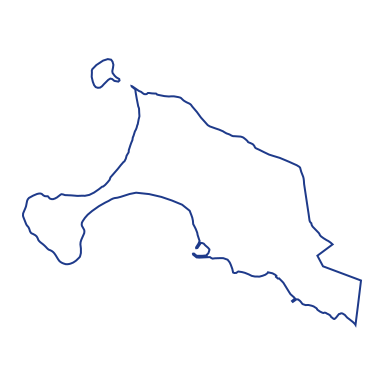 Seltjarnarnesbær, Reykjavík, Iceland
{"feature_id": "244011B41148599816454", "entity_name": "Seltjarnarnesbær", "entity_type": "district", "adm_level": 2, "iso_a3": "ISL", "parent_name": "Iceland", "parent_adm1": "Reykjavík", "projection": "mercator", "projection_center": [-22.008, 64.155], "detail": "fine", "context": "isolated", "style": "outline", "palette": "blue", "viewbox_px": 384, "rotation_deg": 0, "n_neighbors": 0, "source": "geoboundaries", "source_scale": "gbopen_adm2", "svg_char_len": 5263}
<svg xmlns="http://www.w3.org/2000/svg" viewBox="0 0 384 384"><path d="M332.6,244.4L330.7,242.7L328.3,241.0L326.7,240.2L323.5,238.2L320.9,236.3L319.8,234.9L319.4,233.9L318.8,233.0L312.6,226.6L311.7,225.0L311.3,223.2L310.4,222.3L309.9,221.6L309.5,220.3L308.6,213.9L307.3,205.3L304.1,184.0L303.9,180.8L303.6,178.5L303.2,176.8L301.2,171.7L300.1,167.7L299.3,166.8L296.7,165.2L293.3,163.7L289.1,161.8L285.3,160.2L279.8,157.9L273.2,155.9L269.1,154.6L263.9,152.1L259.3,149.8L256.2,148.4L255.4,147.9L254.7,146.9L254.4,146.1L253.3,144.7L252.6,144.1L250.5,143.1L248.7,142.4L248.1,142.1L247.4,141.0L245.7,139.4L243.4,137.6L242.3,137.1L240.7,136.6L234.6,136.2L234.0,136.2L232.9,136.1L231.5,135.6L230.5,135.0L229.8,134.6L229.1,134.3L228.0,133.9L226.5,133.4L225.6,132.9L223.9,131.9L223.0,131.3L219.0,129.6L215.7,128.5L209.8,126.4L207.7,125.1L200.9,117.5L196.9,112.0L192.2,106.5L191.0,104.8L190.3,104.2L189.4,103.6L187.0,102.5L185.5,101.7L183.6,100.5L182.1,99.1L181.1,98.1L180.2,97.6L178.3,97.1L175.5,96.6L173.7,96.3L171.8,96.3L171.6,96.3L168.9,96.5L164.4,96.1L159.3,95.1L157.1,94.6L156.7,94.1L156.3,93.7L155.3,93.5L153.9,93.5L152.0,93.4L149.1,93.0L148.7,93.0L147.9,93.0L147.7,93.1L147.0,93.8L146.5,94.1L145.4,94.2L144.2,94.1L143.5,93.7L142.5,93.0L141.9,92.5L141.2,91.9L139.0,91.0L132.2,86.3L131.6,86.1L131.7,86.5L135.3,89.4L135.6,92.1L136.7,98.5L138.2,106.2L139.0,108.4L139.1,110.1L139.2,112.8L139.4,115.5L139.4,116.5L138.8,118.8L138.7,119.1L137.7,124.4L137.3,125.1L136.6,127.8L135.9,129.6L134.9,131.4L133.5,135.9L132.8,137.5L132.4,140.1L131.3,142.7L130.3,145.5L129.6,147.7L129.3,148.6L128.8,150.1L128.7,151.9L128.5,152.6L128.0,153.3L127.2,154.7L126.6,155.7L125.8,158.7L124.4,161.4L123.4,162.1L122.4,163.3L121.0,164.9L120.9,165.0L117.9,168.8L113.3,174.1L110.5,177.3L110.0,178.6L109.7,179.7L107.6,182.3L105.2,184.9L103.2,186.5L102.1,186.7L98.8,189.3L95.6,191.5L94.0,192.6L89.3,194.9L84.9,195.8L82.5,195.7L77.5,195.9L71.6,195.4L65.0,195.1L63.2,194.5L62.8,194.4L61.5,194.2L60.6,194.6L59.5,195.5L57.9,196.7L57.2,197.3L55.0,198.5L53.2,199.1L51.6,199.1L50.1,198.7L49.4,198.1L48.7,197.3L48.0,196.4L47.2,196.2L46.3,196.3L44.7,196.1L44.2,195.8L43.4,195.4L41.7,193.9L40.4,193.5L39.2,193.5L37.0,194.0L33.2,195.6L29.0,197.9L27.8,199.3L27.1,200.9L26.6,203.4L26.0,206.4L25.2,208.5L23.7,212.0L23.1,213.5L23.0,215.8L23.3,216.9L26.1,224.0L26.8,225.3L28.2,226.9L28.5,227.3L28.6,227.5L29.3,229.0L30.0,231.3L30.9,232.8L31.7,233.4L33.3,234.1L35.4,235.3L36.7,236.5L37.6,238.1L38.4,240.1L39.0,240.9L40.3,242.2L42.9,244.2L44.6,245.7L46.2,247.3L47.3,248.5L48.6,249.6L50.4,250.3L51.9,251.1L53.2,252.1L54.3,253.3L55.7,255.3L58.0,259.1L59.2,260.8L60.4,261.9L61.9,262.8L63.5,263.5L65.8,264.2L67.8,264.2L69.6,263.9L70.9,263.5L73.3,262.5L75.7,260.9L75.8,260.8L76.2,260.5L78.7,258.1L79.9,256.8L80.4,255.1L80.9,253.0L80.9,250.3L80.9,248.5L80.4,244.4L80.6,242.1L81.3,239.8L81.6,239.1L84.2,233.2L84.4,231.4L84.3,230.4L84.2,230.0L83.7,229.0L81.9,225.8L81.7,224.5L81.9,222.7L82.8,221.0L84.9,217.9L87.7,214.7L92.1,211.0L98.9,206.2L100.8,205.1L105.4,202.5L108.3,201.1L109.2,200.6L110.8,199.6L112.9,198.6L114.5,198.1L117.4,197.7L120.5,196.9L129.6,194.0L132.6,193.4L136.1,192.7L149.2,194.1L161.3,196.9L171.9,200.5L182.1,204.7L188.5,209.8L189.7,210.8L190.5,212.9L191.4,215.2L192.3,217.8L192.9,220.7L193.2,224.1L194.6,226.7L195.8,229.1L197.2,232.7L197.6,234.9L198.7,238.3L199.5,240.7L199.6,240.9L199.3,241.7L198.5,243.6L196.1,247.4L196.2,248.2L196.6,248.2L197.4,248.0L200.9,242.9L202.4,243.1L203.8,243.7L205.1,245.2L208.1,247.8L209.4,249.4L209.4,250.1L208.5,252.9L207.9,253.8L206.9,254.6L206.8,255.4L202.3,255.8L197.0,255.8L196.4,255.6L194.0,253.6L193.1,253.6L192.9,253.9L193.2,254.7L196.6,257.4L199.3,257.6L209.9,257.1L211.4,258.1L212.6,258.6L214.8,258.3L217.7,258.2L221.2,258.1L223.4,258.2L227.6,259.7L229.7,262.4L230.8,264.8L232.3,268.9L233.1,272.5L234.3,273.0L236.3,272.9L237.6,271.9L238.3,271.5L242.1,272.1L244.8,272.8L248.8,274.4L251.8,275.9L254.8,276.5L259.5,276.6L262.5,275.8L265.4,274.7L267.7,273.0L268.0,272.3L272.5,273.3L275.4,274.9L276.4,275.9L276.3,276.0L276.0,276.3L275.9,276.8L278.0,278.6L278.4,278.6L279.1,278.4L280.2,279.5L282.1,281.4L283.4,282.8L284.2,284.1L287.1,288.8L289.2,292.2L290.5,294.2L293.4,296.8L293.6,296.9L295.0,298.5L292.0,301.0L292.8,301.9L296.2,299.5L296.5,299.3L298.2,299.5L299.2,300.3L299.9,300.8L300.8,301.8L302.3,303.8L302.9,304.2L304.1,304.6L305.6,305.1L307.0,305.0L307.3,305.0L308.6,305.0L311.6,305.7L313.6,306.4L315.0,307.3L316.4,308.2L316.9,308.7L317.1,309.4L317.9,310.1L319.9,311.5L321.7,312.4L322.6,312.8L323.6,313.0L324.3,312.7L325.1,312.7L326.0,313.0L327.3,313.8L328.5,314.3L330.3,315.5L330.7,316.3L330.9,316.7L333.4,318.7L334.1,319.0L334.6,318.9L336.1,317.6L337.7,315.6L338.9,314.1L339.5,313.9L340.2,313.8L340.8,313.4L341.5,313.3L342.5,313.5L344.8,314.9L346.3,316.6L347.2,317.6L349.6,319.4L353.0,322.1L355.0,324.1L355.5,324.9L357.9,305.9L361.0,280.5L323.0,266.3L317.4,255.7L332.6,244.4ZM116.4,77.4L114.6,75.7L112.6,73.0L112.3,71.1L113.0,67.7L113.4,64.8L112.5,61.6L111.1,59.7L107.8,59.1L103.1,60.6L96.4,65.0L92.3,69.2L91.8,70.6L91.9,72.6L91.7,76.9L92.8,81.7L94.1,85.1L95.7,87.1L97.8,87.8L100.1,87.6L102.0,86.3L103.9,84.2L108.3,79.8L110.0,78.8L110.3,78.6L112.1,79.0L114.4,80.9L118.3,81.6L119.5,80.5L119.2,79.0L116.4,77.4Z" fill="none" stroke="#1e3a8a" stroke-width="2"/></svg>